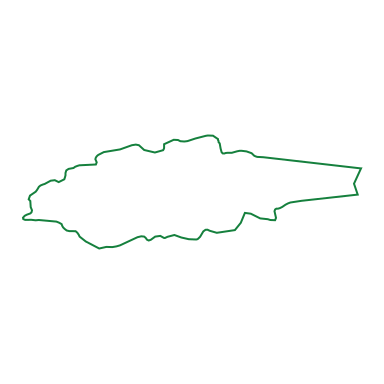 the County of Jõgeva
{"feature_id": "EST-1657", "entity_name": "Jõgeva", "entity_type": "County", "adm_level": 1, "iso_a3": "EST", "parent_name": "Estonia", "parent_adm1": "", "projection": "equal_earth", "projection_center": [26.423, 58.721], "detail": "fine", "context": "isolated", "style": "outline", "palette": "green", "viewbox_px": 384, "rotation_deg": 0, "n_neighbors": 0, "source": "natural_earth", "source_scale": "10m", "svg_char_len": 1871}
<svg xmlns="http://www.w3.org/2000/svg" viewBox="0 0 384 384"><path d="M361.0,168.4L354.0,183.7L357.7,194.6L301.6,200.8L290.4,202.5L288.0,203.4L285.5,204.7L282.3,206.9L279.9,208.1L277.9,208.7L276.3,208.7L275.1,209.5L274.5,211.2L276.0,217.9L275.1,220.2L270.3,220.0L267.8,219.2L260.2,218.4L250.8,213.7L244.9,212.9L240.8,222.8L234.9,230.1L216.8,232.8L209.8,230.8L207.5,229.7L205.5,229.8L203.3,231.4L200.1,236.8L197.8,239.0L197.1,239.3L196.2,239.5L188.8,239.2L181.3,237.5L174.4,235.0L167.5,236.8L164.9,238.0L163.9,237.9L160.3,235.9L155.2,236.6L150.8,239.8L148.7,240.5L147.0,239.7L145.7,237.9L144.2,236.6L141.3,236.3L137.5,237.2L119.9,245.4L116.4,246.4L112.3,247.1L106.4,246.9L99.2,248.5L85.8,241.5L79.6,236.6L78.7,234.7L77.3,232.7L75.6,231.2L69.3,231.1L66.7,230.5L64.6,228.9L63.1,227.4L62.2,225.8L61.6,224.1L58.9,222.6L56.4,221.6L38.8,220.0L35.6,220.3L31.3,219.8L25.2,219.9L23.3,219.1L23.0,217.7L24.7,215.8L26.8,214.7L30.4,213.4L31.5,212.3L32.0,210.3L30.7,207.1L30.3,201.0L28.7,199.3L30.0,195.6L35.7,191.7L37.2,189.7L38.9,186.8L40.5,185.5L42.9,184.5L44.6,184.0L50.7,180.7L54.8,180.2L58.7,182.1L64.3,179.3L64.9,177.5L65.5,175.3L65.5,173.0L66.3,170.4L68.6,168.9L73.5,168.0L75.1,166.8L77.4,165.9L79.4,165.3L83.4,165.1L95.9,164.5L96.7,162.3L95.4,159.3L95.6,158.2L96.4,156.7L97.5,155.5L98.5,154.8L103.8,152.1L120.1,149.4L131.9,145.2L135.8,144.6L138.9,145.2L144.2,150.0L154.9,152.5L163.1,150.2L163.8,149.0L164.1,148.0L164.1,144.2L173.7,139.8L178.0,140.0L180.3,141.2L184.3,141.5L187.5,141.1L195.4,138.5L205.9,135.8L207.9,135.5L213.0,135.7L218.0,139.1L218.0,140.0L218.5,140.9L218.6,142.2L219.7,143.4L220.6,148.5L221.6,152.2L222.7,153.4L224.3,153.5L225.7,153.0L227.5,152.8L231.8,152.8L237.1,151.3L239.7,150.8L241.6,150.8L246.5,151.4L251.6,153.2L254.3,155.8L255.7,156.4L257.2,156.9L262.9,157.2L264.0,157.3L360.9,168.4L361.0,168.4Z" fill="none" stroke="#15803d" stroke-width="2"/></svg>